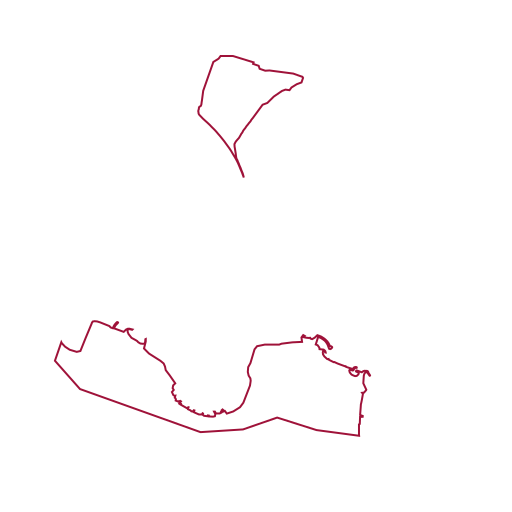 the district of 61, Qatar, rotated 289°
{"feature_id": "91078587B91929274058544", "entity_name": "61", "entity_type": "district", "adm_level": 2, "iso_a3": "QAT", "parent_name": "Qatar", "parent_adm1": "", "projection": "equal_earth", "projection_center": [51.545, 25.336], "detail": "fine", "context": "isolated", "style": "outline", "palette": "rose", "viewbox_px": 512, "rotation_deg": 289, "n_neighbors": 0, "source": "geoboundaries", "source_scale": "gbopen_adm2", "svg_char_len": 5213}
<svg xmlns="http://www.w3.org/2000/svg" viewBox="0 0 512 512"><g transform="rotate(289 256 256)"><path d="M71.6,261.3L71.7,261.6L87.8,300.2L110.1,328.6L111.1,369.9L119.6,412.0L120.7,411.5L130.3,408.2L131.0,408.8L137.7,406.8L138.7,409.2L139.5,409.0L139.6,406.2L147.6,404.1L149.8,403.5L151.7,403.3L154.7,402.9L160.4,402.0L161.2,400.9L162.0,402.6L165.0,403.8L165.5,403.8L170.6,398.9L177.9,396.9L179.4,396.8L180.5,396.9L181.3,397.3L182.2,398.3L182.0,399.3L179.9,402.2L179.8,402.5L180.0,402.7L180.3,402.7L182.6,399.8L183.1,399.7L183.3,399.4L183.5,398.9L183.5,398.4L183.3,397.7L183.1,397.1L182.8,396.0L182.4,395.4L181.9,394.8L181.2,394.4L180.5,393.9L180.6,388.5L180.3,388.1L179.5,388.1L179.3,388.4L179.2,391.1L178.2,391.4L177.4,391.3L176.5,390.9L175.6,390.4L175.0,389.6L174.7,388.7L174.7,387.6L174.8,386.4L174.9,385.4L175.1,384.7L176.4,382.6L178.0,381.5L179.1,381.6L179.2,384.7L179.5,385.1L180.1,385.4L181.4,385.6L182.0,385.8L182.4,386.2L182.7,386.5L182.8,387.2L183.1,387.6L183.5,387.5L183.6,387.3L183.6,386.6L183.3,386.0L182.8,385.2L182.2,384.8L181.1,384.4L180.6,383.8L180.5,378.3L180.5,377.3L180.9,376.9L180.9,376.7L180.7,376.7L180.8,371.6L180.9,368.1L181.2,365.1L181.3,364.8L180.9,364.0L181.5,359.5L181.8,358.1L182.2,358.0L182.1,357.8L181.8,357.7L181.8,356.7L183.3,353.3L184.8,351.4L186.7,350.5L188.1,350.4L188.7,350.4L188.6,351.5L188.2,352.2L187.3,352.8L187.4,353.3L188.2,352.8L188.7,352.4L189.1,351.6L189.5,350.4L188.6,346.4L190.0,345.7L191.7,343.3L191.8,341.3L199.8,341.1L199.7,342.6L199.6,344.0L199.1,346.1L198.3,348.6L197.5,350.0L196.4,351.5L195.3,352.7L192.1,355.3L192.1,356.4L192.8,357.2L194.2,357.8L194.7,357.6L195.1,356.6L194.8,355.3L195.1,355.1L197.1,353.1L198.5,351.2L198.9,350.3L199.4,349.3L199.9,348.1L200.2,347.2L200.7,345.2L201.0,344.0L201.1,342.2L201.1,339.8L197.9,338.1L195.7,336.2L195.6,335.3L195.7,334.4L196.3,333.9L195.6,332.3L195.1,330.1L194.9,328.8L194.7,327.0L196.3,328.0L196.6,326.4L193.8,325.5L189.8,327.5L186.2,318.5L181.4,308.7L179.8,306.8L175.0,293.0L172.6,289.0L171.1,286.4L167.3,285.0L152.9,285.6L148.4,284.8L143.7,286.0L140.5,288.0L138.5,290.5L136.3,291.6L131.5,292.5L113.1,291.8L107.8,290.1L101.6,285.1L97.5,279.7L99.3,277.1L99.2,277.0L99.1,276.8L100.0,274.3L99.4,274.0L98.7,276.3L97.9,275.3L98.2,273.9L97.7,273.7L97.4,274.6L96.6,274.3L96.1,273.5L95.3,273.0L94.1,269.4L95.5,267.8L95.2,267.0L93.3,269.0L91.1,269.3L90.1,267.7L89.0,263.9L89.8,263.4L89.6,262.5L88.8,262.8L88.0,258.9L88.5,257.3L89.8,257.2L89.9,256.7L88.5,256.4L87.6,253.6L87.9,249.8L88.1,248.0L89.9,248.0L89.9,247.8L89.9,247.4L88.4,246.8L88.1,245.5L88.7,244.3L89.0,241.5L89.7,241.1L91.0,241.4L91.0,241.2L89.6,240.3L90.8,233.9L91.5,233.5L91.0,232.9L91.4,231.5L94.1,232.4L94.2,232.0L94.3,231.6L93.5,231.2L93.7,230.5L93.0,230.2L93.2,227.1L94.5,226.9L95.4,225.9L95.6,225.3L97.7,225.2L97.3,224.4L97.6,223.1L100.0,220.8L102.6,221.8L103.9,220.2L106.7,219.8L109.3,221.1L115.1,213.2L118.7,207.8L121.8,206.0L124.3,203.7L125.8,199.7L128.9,186.7L129.9,184.6L132.1,180.2L139.2,179.6L141.6,178.8L141.3,178.5L138.9,179.1L136.9,179.3L136.1,177.4L135.6,175.2L136.1,172.8L136.9,171.3L137.3,169.6L138.1,164.9L140.7,160.9L142.3,159.5L143.7,158.8L145.2,158.9L145.7,160.6L145.9,162.9L146.3,163.1L146.0,159.8L145.5,158.5L144.2,157.1L141.2,155.6L141.4,145.4L143.0,145.4L145.0,145.9L147.7,147.2L148.2,147.2L148.4,146.7L148.3,146.2L147.3,145.6L145.1,144.7L143.2,144.3L141.1,144.1L141.1,142.0L141.4,141.2L142.0,140.3L142.5,130.3L142.4,127.1L141.8,124.6L140.9,123.0L139.6,122.6L138.5,122.6L122.9,121.6L109.0,120.9L107.0,117.7L106.7,110.4L108.1,105.0L110.4,100.7L111.1,100.0L91.5,100.0L72.9,132.9L71.4,260.8L71.6,261.3ZM425.6,152.5L395.0,152.3L385.2,154.3L383.9,154.5L382.5,154.8L381.5,155.0L380.8,155.0L380.2,155.0L379.7,154.8L379.2,154.4L378.7,153.9L378.2,153.8L377.7,153.8L377.2,153.8L376.5,154.1L375.9,154.1L375.4,154.1L375.0,154.1L374.4,154.2L373.8,154.4L373.3,154.8L372.9,154.9L372.1,155.3L371.6,155.7L371.1,156.3L370.5,157.4L370.0,158.4L368.6,161.1L367.3,164.1L366.3,166.5L365.3,168.7L364.7,170.0L364.0,171.3L363.2,172.9L362.4,174.6L361.6,176.2L360.5,178.2L359.0,180.7L358.1,182.3L357.0,184.1L356.0,185.7L354.1,188.7L352.4,191.1L350.8,193.4L349.2,195.7L347.2,198.3L345.3,200.5L342.5,203.9L340.9,205.7L339.3,207.4L338.0,208.7L336.9,209.7L334.9,211.5L333.5,212.7L332.2,213.9L330.2,215.7L328.2,217.3L327.4,218.0L326.2,218.9L327.2,218.3L328.1,217.7L329.7,216.6L332.3,214.3L334.4,212.6L336.4,210.7L337.8,209.6L338.9,208.5L339.5,208.0L340.4,207.3L340.8,206.9L341.1,206.5L341.6,206.0L342.4,205.4L343.1,205.0L344.3,204.4L346.4,203.4L347.7,202.7L349.4,201.8L350.7,201.1L352.3,200.2L353.3,199.8L354.2,199.4L354.9,199.2L355.5,199.3L356.2,199.4L357.5,199.6L358.6,200.0L359.6,200.4L360.6,200.8L361.7,201.3L362.7,201.6L363.9,201.8L365.3,202.1L366.7,202.3L367.8,202.7L368.6,202.9L370.3,203.1L371.9,203.6L373.1,204.1L374.3,204.4L375.1,204.6L376.1,204.9L377.3,205.4L379.5,206.1L381.4,206.9L382.3,207.1L383.0,207.2L384.2,207.6L385.2,208.0L401.2,213.0L404.4,216.9L412.5,220.9L420.5,226.8L422.9,229.7L423.7,233.7L426.9,234.7L431.7,238.6L434.9,242.5L439.7,242.5L440.5,241.6L440.6,231.8L435.8,208.3L434.2,204.4L434.2,198.5L436.7,196.6L436.7,190.7L438.3,190.7L437.6,169.2L433.6,157.4L430.4,156.4L425.6,152.5Z" fill="none" stroke="#9f1239" stroke-width="2"/></g></svg>